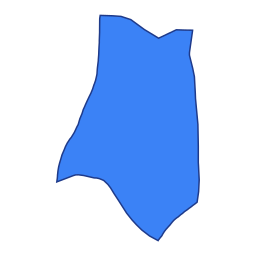 the district of Hat, Al Mahrah, Yemen
{"feature_id": "15242507B17941061209277", "entity_name": "Hat", "entity_type": "district", "adm_level": 2, "iso_a3": "YEM", "parent_name": "Yemen", "parent_adm1": "Al Mahrah", "projection": "orthographic", "projection_center": [51.804, 17.432], "detail": "fine", "context": "isolated", "style": "filled", "palette": "blue", "viewbox_px": 256, "rotation_deg": 0, "n_neighbors": 0, "source": "geoboundaries", "source_scale": "gbopen_adm2", "svg_char_len": 2690}
<svg xmlns="http://www.w3.org/2000/svg" viewBox="0 0 256 256"><path d="M56.8,181.9L63.1,179.5L73.3,175.6L75.6,174.9L78.4,174.8L83.7,175.5L88.9,176.7L94.1,177.9L96.6,178.0L99.3,178.6L101.8,179.6L103.8,180.5L106.0,182.6L107.9,184.4L110.5,187.8L114.3,194.0L118.9,201.0L126.6,213.1L132.0,219.9L136.4,224.7L141.8,230.0L149.6,236.0L158.1,240.6L158.2,240.4L158.4,240.0L158.7,239.7L159.0,239.3L159.3,238.9L159.5,238.6L159.8,238.2L160.1,237.9L160.4,237.5L160.7,237.2L160.9,236.8L161.2,236.6L161.5,236.3L161.7,235.9L162.0,235.5L162.2,235.1L162.4,234.7L162.6,234.3L162.8,234.0L163.0,233.6L163.2,233.3L163.5,232.9L163.7,232.5L164.0,232.1L164.2,231.7L164.5,231.4L164.7,231.0L165.0,230.6L165.3,230.3L165.6,229.8L165.9,229.5L166.2,229.1L166.5,228.8L166.8,228.5L167.1,228.1L167.5,227.7L167.8,227.3L168.2,226.9L168.5,226.6L168.8,226.2L169.1,225.9L169.5,225.5L169.8,225.2L170.0,224.9L170.4,224.4L170.8,223.9L171.0,223.6L171.3,223.2L171.7,222.8L171.9,222.5L172.2,222.1L172.5,221.8L172.8,221.4L173.2,221.0L173.5,220.7L173.8,220.3L174.3,219.9L174.6,219.6L174.9,219.3L175.1,219.2L175.6,218.7L175.9,218.5L176.3,218.2L176.6,217.9L177.1,217.6L177.5,217.3L177.9,217.1L178.3,216.8L178.6,216.5L179.0,216.2L179.3,215.9L179.7,215.6L180.0,215.3L180.3,215.0L180.7,214.7L181.1,214.4L181.5,214.1L181.9,213.8L182.3,213.6L182.7,213.2L183.1,212.9L183.4,212.6L183.7,212.3L184.1,212.0L184.4,211.7L184.7,211.4L185.1,211.2L185.7,210.8L186.2,210.4L186.8,210.1L187.2,209.7L187.6,209.5L187.9,209.2L188.3,208.9L188.6,208.7L188.9,208.4L189.3,208.1L189.7,207.8L190.1,207.6L190.5,207.3L190.9,207.0L191.2,206.7L191.6,206.5L192.0,206.1L192.3,205.9L192.6,205.6L193.0,205.3L193.3,205.1L193.7,204.8L194.0,204.6L194.4,204.3L194.8,204.0L195.1,203.8L195.5,203.5L195.8,203.2L196.2,202.9L196.4,202.8L196.5,202.7L196.9,202.4L197.1,202.2L198.6,191.8L199.2,179.9L198.7,170.0L198.5,165.7L198.3,162.6L198.3,146.2L197.9,124.4L195.5,98.6L195.3,93.3L194.4,76.7L192.7,68.3L189.5,55.5L189.4,54.2L189.5,52.2L192.6,30.4L192.6,30.2L185.3,30.1L176.3,29.8L158.6,38.2L144.3,29.5L130.8,19.6L121.0,16.4L112.6,15.8L100.2,15.4L99.8,18.0L99.7,19.0L99.7,19.5L99.6,29.7L99.6,32.2L99.6,32.4L99.3,40.3L99.3,42.8L99.0,47.4L98.7,54.8L98.3,59.8L98.3,60.7L97.4,68.0L97.3,69.1L97.0,73.8L96.9,74.5L96.2,77.7L95.5,80.6L94.3,84.1L94.0,84.7L92.6,89.1L91.3,92.2L91.0,93.0L89.2,96.6L86.9,101.5L85.4,104.8L84.7,106.5L84.1,107.8L83.3,109.5L83.1,110.1L82.1,113.4L80.1,118.2L79.9,118.6L78.2,124.5L76.9,126.9L74.4,132.3L72.7,135.1L71.2,137.5L69.9,139.0L67.3,143.0L65.5,146.5L64.1,150.0L62.0,154.9L61.2,157.7L60.8,159.1L59.5,163.4L59.3,164.3L58.7,166.6L58.5,167.7L58.0,170.7L57.7,173.6L57.5,175.1L57.5,175.9L57.3,178.3L56.8,181.9Z" fill="#3b82f6" stroke="#1e3a8a" stroke-width="1.5"/></svg>